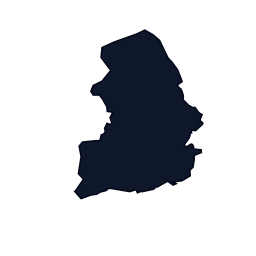 Gharb Bara, North Kordufan, Sudan, rotated 318°
{"feature_id": "16777658B80207598805247", "entity_name": "Gharb Bara", "entity_type": "district", "adm_level": 2, "iso_a3": "SDN", "parent_name": "Sudan", "parent_adm1": "North Kordufan", "projection": "albers", "projection_center": [29.57, 13.951], "detail": "fine", "context": "isolated", "style": "filled", "palette": "ink", "viewbox_px": 256, "rotation_deg": 318, "n_neighbors": 0, "source": "geoboundaries", "source_scale": "gbopen_adm2", "svg_char_len": 1996}
<svg xmlns="http://www.w3.org/2000/svg" viewBox="0 0 256 256"><g transform="rotate(318 128 128)"><path d="M123.2,200.4L123.2,200.5L124.2,200.9L124.7,201.1L125.7,201.4L126.6,201.7L125.3,198.2L126.6,199.1L132.7,203.3L142.2,205.2L143.2,204.1L145.0,201.4L147.0,200.7L150.1,200.7L153.2,198.1L154.8,196.9L158.3,193.5L158.9,192.7L165.2,195.0L166.1,195.4L167.8,193.1L162.8,187.6L164.3,185.6L164.9,183.5L164.9,183.4L164.1,182.1L159.0,181.2L158.0,178.7L159.8,177.8L167.0,176.3L167.7,174.8L168.8,175.4L171.0,173.2L171.9,174.2L172.6,173.0L174.3,172.7L176.4,175.2L186.0,175.1L187.1,174.1L186.6,172.0L186.6,171.9L186.9,170.2L192.1,167.6L191.4,166.2L190.9,163.4L191.5,158.8L191.4,157.1L190.0,156.8L188.2,151.6L187.9,144.6L187.6,143.7L189.6,142.4L191.1,140.3L192.6,137.0L193.4,134.5L192.8,130.3L194.3,129.1L199.3,129.8L201.2,124.9L203.8,118.0L204.8,108.4L204.6,102.7L210.1,84.0L209.0,75.7L208.8,75.0L206.0,66.5L197.6,64.0L189.0,60.5L175.4,54.9L162.6,50.8L155.2,57.5L153.7,73.7L139.9,75.8L130.6,73.1L124.9,75.9L124.2,80.2L128.7,84.3L128.5,89.1L126.5,98.0L123.7,101.8L127.2,106.1L121.5,108.3L120.3,111.3L119.0,113.7L116.8,113.2L115.6,110.5L110.5,112.5L108.6,115.6L105.9,116.2L103.6,115.2L98.7,118.5L93.6,114.4L84.8,108.0L79.5,108.8L74.0,117.9L60.6,128.7L60.6,136.3L46.3,139.7L46.0,139.5L45.9,143.1L45.9,146.0L45.9,149.1L54.8,152.7L55.1,152.9L55.4,153.0L56.3,153.4L60.1,156.1L63.5,156.8L64.2,156.9L68.6,159.2L69.8,159.8L73.5,160.0L76.0,162.9L79.2,167.0L80.2,168.2L80.5,168.6L81.8,170.2L83.0,171.8L84.8,174.0L85.5,174.9L86.1,175.6L86.8,176.5L87.1,176.7L87.8,177.0L88.5,177.3L89.2,177.6L89.7,177.8L90.4,178.2L91.9,178.8L92.0,178.9L92.6,179.3L92.3,180.5L92.0,181.4L91.6,182.5L92.4,182.7L93.2,183.0L93.3,183.1L94.5,183.5L95.2,184.0L96.0,184.6L96.1,185.0L96.6,185.2L99.0,186.6L99.5,186.9L102.4,188.5L103.7,189.3L105.9,190.5L106.0,190.5L107.4,190.8L108.4,190.2L109.4,190.2L109.5,190.2L109.9,191.4L114.6,192.4L121.8,194.0L123.2,200.2L123.2,200.4L123.2,200.4Z" fill="#0f172a" stroke="#020617" stroke-width="1.5"/></g></svg>